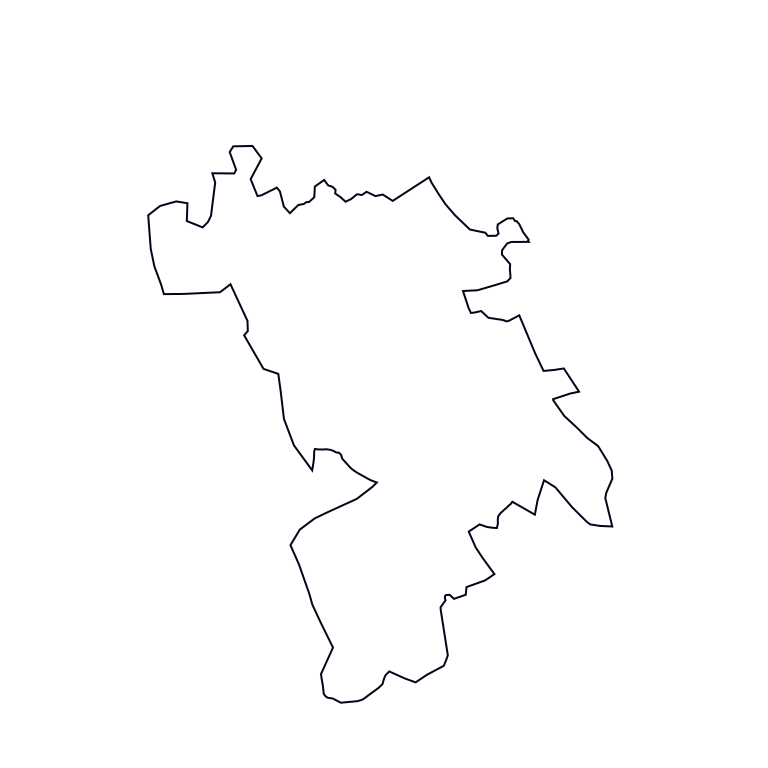 Bindawa, Katsina, Nigeria (Equal Earth projection), rotated 153°
{"feature_id": "59680162B3936014826761", "entity_name": "Bindawa", "entity_type": "district", "adm_level": 2, "iso_a3": "NGA", "parent_name": "Nigeria", "parent_adm1": "Katsina", "projection": "equal_earth", "projection_center": [7.884, 12.708], "detail": "fine", "context": "isolated", "style": "outline", "palette": "ink", "viewbox_px": 768, "rotation_deg": 153, "n_neighbors": 0, "source": "geoboundaries", "source_scale": "gbopen_adm2", "svg_char_len": 2950}
<svg xmlns="http://www.w3.org/2000/svg" viewBox="0 0 768 768"><g transform="rotate(153 384 384)"><path d="M232.3,383.8L244.9,383.6L247.3,384.8L247.7,385.8L249.5,387.4L260.9,395.6L264.3,404.9L271.7,406.8L274.3,407.9L274.1,413.6L271.4,431.0L258.2,425.1L239.6,421.6L227.6,419.5L223.2,421.0L222.2,423.1L219.8,429.0L217.2,433.5L220.2,445.8L218.0,449.6L210.6,453.3L206.2,452.8L190.4,444.9L190.5,446.3L189.6,446.9L190.1,450.2L190.5,452.3L191.1,456.1L190.9,465.2L191.5,467.2L191.8,468.4L191.8,468.8L193.3,469.7L193.6,473.0L198.9,475.5L210.2,474.5L212.4,471.2L213.6,466.1L216.7,465.1L224.2,468.8L225.1,472.9L226.8,474.2L237.3,482.6L244.2,502.3L247.6,516.2L249.0,527.6L250.2,541.7L250.0,547.7L293.1,543.2L299.1,553.4L306.3,555.3L312.3,563.2L314.8,562.8L317.9,562.5L319.0,563.0L319.6,563.8L321.9,565.3L322.9,565.1L329.5,563.7L335.5,563.9L338.1,570.6L341.0,575.9L339.0,579.0L340.3,583.0L343.6,586.3L344.7,593.0L356.0,591.3L361.3,582.1L368.1,580.2L370.8,581.3L373.7,580.8L379.1,582.4L390.3,578.9L392.7,587.5L389.3,602.9L390.3,607.6L407.6,607.8L411.4,608.9L409.8,627.1L390.6,640.5L393.1,655.8L410.4,664.2L416.2,660.7L418.5,642.0L421.9,639.6L441.3,649.7L442.9,640.2L461.8,612.4L467.4,608.2L474.5,605.9L485.7,618.7L477.1,634.3L486.2,641.0L502.7,644.3L517.5,641.4L530.5,610.3L535.2,593.0L537.4,574.2L539.3,564.0L521.8,555.3L488.4,540.2L475.5,542.6L477.0,502.2L481.3,493.0L486.5,490.9L484.5,452.2L473.6,441.0L479.4,424.3L489.0,398.3L492.1,370.2L487.2,339.7L485.7,341.7L482.6,345.9L479.7,350.3L477.0,355.3L475.0,357.5L472.1,355.4L468.6,353.6L464.8,351.9L461.3,349.4L459.0,346.8L457.8,344.8L455.3,343.2L454.4,340.4L455.1,336.3L453.7,331.1L453.2,329.3L452.3,325.8L451.1,322.5L450.2,320.7L448.2,317.2L445.1,312.5L441.9,307.7L439.5,304.3L435.1,299.5L441.1,297.6L460.4,294.0L493.4,295.4L506.8,295.7L525.1,292.5L540.5,282.9L541.7,261.7L545.8,231.0L548.0,219.9L548.7,200.8L548.8,193.8L549.1,172.3L571.9,154.1L572.8,151.4L575.6,142.5L578.4,135.2L577.8,132.2L576.6,130.0L572.5,127.1L567.1,119.6L552.0,113.6L547.3,112.6L544.0,112.8L539.8,113.6L526.9,115.7L521.6,117.3L517.5,121.7L514.7,123.9L509.8,125.5L499.2,112.3L491.3,103.8L477.8,105.4L458.6,105.8L453.4,110.3L450.3,113.3L442.0,138.7L437.0,154.0L436.0,157.0L434.9,159.4L427.3,163.4L427.0,165.5L425.9,167.4L424.4,167.8L423.3,167.2L421.2,166.3L419.2,160.8L406.9,159.1L402.7,165.6L383.0,163.1L371.9,164.5L375.1,184.1L376.5,196.9L375.5,214.0L362.6,215.5L357.3,210.0L353.0,206.9L348.8,204.4L347.6,205.9L346.0,207.7L345.3,209.3L344.0,211.8L342.5,214.0L341.5,214.7L338.7,216.1L336.2,216.7L334.3,217.3L331.0,218.1L328.2,219.0L325.5,219.6L323.1,220.8L308.9,199.1L299.9,210.8L285.1,225.6L278.2,214.1L272.4,189.0L265.9,169.2L264.0,165.3L256.0,159.5L245.3,153.4L238.6,181.9L235.4,186.1L223.5,196.0L220.4,203.4L220.0,214.0L221.4,231.5L227.4,243.6L232.0,257.7L237.9,273.7L240.6,292.6L240.2,293.7L222.5,291.0L213.7,288.6L216.7,316.2L226.1,319.3L235.9,323.2L235.4,342.7L232.3,383.8Z" fill="none" stroke="#020617" stroke-width="2"/></g></svg>